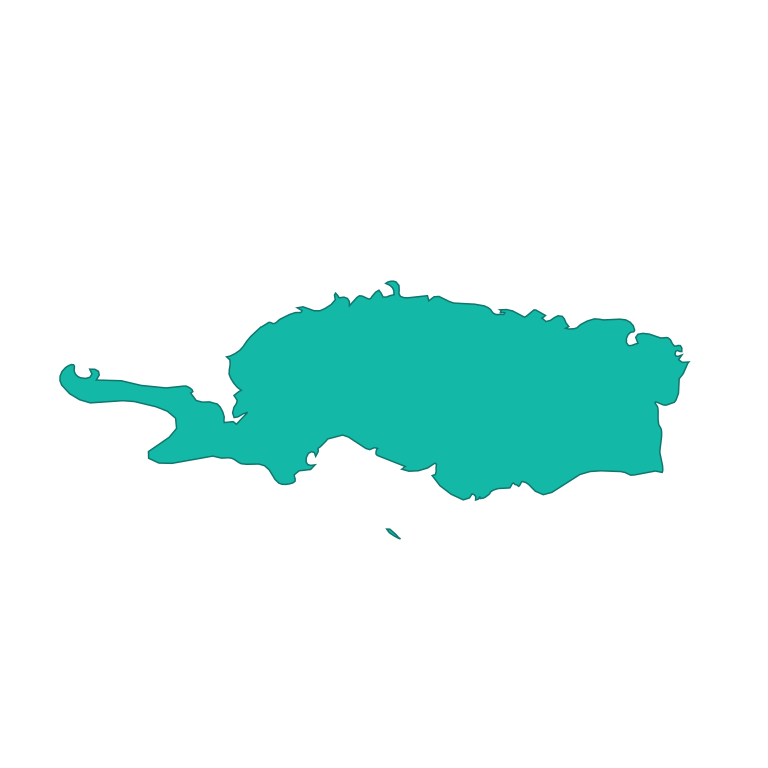 an SVG outline of Pinar del Río, rotated 30°
{"feature_id": "CUB-1321", "entity_name": "Pinar del Río", "entity_type": "Province", "adm_level": 1, "iso_a3": "CUB", "parent_name": "Cuba", "parent_adm1": "", "projection": "mercator", "projection_center": [-83.796, 22.394], "detail": "fine", "context": "isolated", "style": "filled", "palette": "teal", "viewbox_px": 768, "rotation_deg": 30, "n_neighbors": 0, "source": "natural_earth", "source_scale": "10m", "svg_char_len": 4692}
<svg xmlns="http://www.w3.org/2000/svg" viewBox="0 0 768 768"><g transform="rotate(30 384 384)"><path d="M669.1,321.5L662.5,323.7L646.4,337.5L643.2,339.6L637.1,340.1L632.9,341.4L615.1,350.8L606.3,356.7L598.9,364.4L583.6,393.9L577.3,400.2L568.6,401.2L559.7,398.7L556.1,398.4L552.2,399.4L552.1,400.2L552.2,404.2L551.8,405.3L550.7,405.2L549.5,404.9L547.6,405.6L546.4,405.2L545.4,405.1L544.9,406.3L545.0,410.3L544.9,411.1L535.2,417.4L531.9,421.0L530.5,423.5L530.3,424.9L530.4,425.9L530.1,427.2L528.3,431.4L527.0,433.2L524.6,435.1L523.7,434.2L523.3,433.3L523.2,436.7L521.3,438.7L519.8,435.7L517.5,434.8L515.2,435.1L515.0,439.9L510.6,444.7L497.2,445.9L483.3,444.1L471.5,439.2L473.7,436.8L473.0,433.8L471.0,430.6L469.5,427.2L467.6,427.2L463.8,434.9L457.2,441.9L449.3,447.0L442.0,448.9L442.5,447.9L443.1,445.9L443.7,444.8L414.0,449.2L412.5,448.9L411.5,447.8L410.7,445.8L410.4,443.9L410.7,443.0L407.6,443.9L404.4,448.0L400.5,448.9L379.7,447.7L373.7,448.9L362.7,459.8L362.4,462.0L360.3,470.0L359.0,472.8L360.5,474.7L360.9,476.5L361.0,480.8L358.0,478.2L355.1,478.8L353.2,481.9L353.5,486.7L355.6,490.5L358.2,491.9L361.3,491.1L364.7,488.5L363.2,494.7L353.9,501.6L351.7,507.5L352.7,508.9L354.5,510.6L355.6,512.7L354.4,515.4L351.9,517.9L349.0,520.2L345.8,521.8L342.5,522.4L337.5,521.2L327.4,515.7L321.4,514.5L315.6,515.9L305.2,522.2L300.3,524.4L297.5,524.6L292.0,524.2L289.3,524.4L286.3,525.6L280.2,529.5L271.8,532.0L240.1,558.7L228.6,565.0L217.3,566.0L213.8,560.3L224.6,537.6L226.6,526.2L220.6,517.8L209.9,515.9L197.9,517.7L176.6,524.0L166.2,529.0L139.1,547.2L128.3,549.8L116.7,549.6L105.4,546.1L101.7,543.1L99.5,539.0L98.9,534.2L99.9,529.4L100.7,527.5L102.1,525.2L103.8,523.3L105.6,522.6L106.9,523.3L107.8,524.8L108.5,526.5L109.3,527.8L111.3,529.4L113.5,530.3L115.8,530.6L118.2,530.3L122.8,528.4L126.0,525.1L126.1,521.4L121.7,518.3L126.3,515.8L130.4,515.8L132.9,518.6L132.9,524.4L154.9,512.5L174.3,506.7L197.2,496.4L211.8,485.8L213.8,484.7L217.4,484.4L220.6,484.9L222.3,486.2L221.1,488.5L229.6,492.2L235.8,490.5L241.9,486.7L249.8,484.7L253.7,485.9L258.2,488.7L262.0,492.3L263.6,495.6L264.9,497.3L272.2,492.0L276.3,492.6L280.1,476.6L276.9,480.3L274.1,485.3L271.0,488.0L267.3,484.7L265.7,479.2L266.0,474.9L265.1,471.6L259.8,468.9L262.3,462.7L263.6,460.8L258.6,460.2L253.2,458.3L248.3,455.6L244.9,452.9L242.8,448.8L241.0,444.0L238.5,440.2L234.1,439.2L236.8,436.7L239.8,432.2L242.3,426.9L243.3,422.1L243.8,415.4L244.9,409.2L248.8,396.4L249.5,395.7L253.4,388.3L254.7,387.5L257.6,387.2L258.9,386.4L260.0,384.5L261.1,380.9L261.8,379.5L267.5,371.0L271.5,366.5L276.3,363.6L276.3,361.4L270.8,361.4L275.4,357.6L286.9,355.5L291.9,352.6L295.1,348.2L298.5,341.7L299.7,335.4L296.6,331.7L296.6,329.5L299.4,330.4L302.1,331.7L305.9,328.8L309.5,328.2L312.7,329.8L314.9,333.5L317.3,322.6L318.7,319.8L321.4,318.7L328.3,318.1L329.7,316.7L329.9,313.8L330.8,308.8L332.7,305.3L336.1,306.8L339.7,309.1L342.5,307.6L345.1,304.4L348.0,301.7L346.0,298.4L343.3,296.4L339.7,295.6L335.2,296.0L336.4,293.7L338.4,291.7L340.8,290.2L343.4,289.6L347.7,291.2L350.0,294.8L351.8,298.3L354.4,299.9L358.0,299.3L361.2,297.7L377.5,285.8L381.2,289.6L383.7,283.5L387.8,280.7L399.5,279.9L404.0,279.0L422.5,269.6L431.8,266.2L436.2,265.8L439.2,266.3L442.5,267.9L445.5,268.0L447.3,267.3L451.0,264.9L453.0,264.0L453.0,261.8L451.1,262.7L449.1,264.0L448.8,262.9L448.9,262.3L448.6,261.9L447.3,261.8L453.0,258.2L458.9,256.4L472.3,255.9L473.4,254.1L476.8,244.9L478.5,244.0L489.6,243.9L488.9,245.9L488.5,246.8L487.8,247.9L493.0,248.9L496.2,245.9L498.3,241.4L500.6,237.9L504.6,236.3L507.7,237.5L510.9,240.0L515.4,241.9L513.5,244.9L516.5,244.0L520.7,241.3L522.9,239.1L524.5,234.3L528.5,227.9L533.6,222.4L538.4,220.1L542.0,218.8L555.9,209.9L561.3,207.6L566.3,207.4L570.7,208.9L574.2,212.1L574.2,213.9L571.8,215.8L570.7,219.3L571.2,223.4L573.3,227.0L576.6,228.5L579.3,226.7L581.6,223.8L583.6,221.8L578.7,217.8L579.0,214.0L582.9,210.7L588.9,208.1L600.1,205.9L602.1,204.9L605.6,202.4L607.2,202.0L610.0,202.5L613.7,205.0L616.5,205.9L617.9,205.2L619.5,203.5L621.5,202.6L624.0,204.0L625.7,207.0L624.0,207.9L621.3,208.3L620.2,209.9L621.3,212.9L622.9,213.9L625.0,212.9L627.5,209.9L627.0,215.7L631.6,216.1L637.0,212.5L636.7,214.1L637.9,224.6L637.9,226.0L637.0,231.8L643.7,244.9L644.9,252.0L644.6,254.6L639.6,260.5L638.2,261.7L636.1,262.5L629.6,263.3L628.3,263.8L627.9,264.3L628.4,264.9L628.9,265.3L631.9,266.7L633.0,267.7L634.4,269.5L638.8,277.2L642.0,281.6L643.0,282.3L645.5,283.7L647.0,284.8L648.7,287.2L650.7,290.8L656.0,303.2L657.2,305.5L666.1,315.5L668.2,318.7L669.0,320.4L669.1,321.5ZM473.7,509.8L474.4,509.7L475.7,509.8L474.3,510.3L469.1,510.5L463.0,510.1L458.9,508.3L461.6,506.8L469.6,508.4L473.7,509.8Z" fill="#14b8a6" stroke="#0f766e" stroke-width="1.5"/></g></svg>